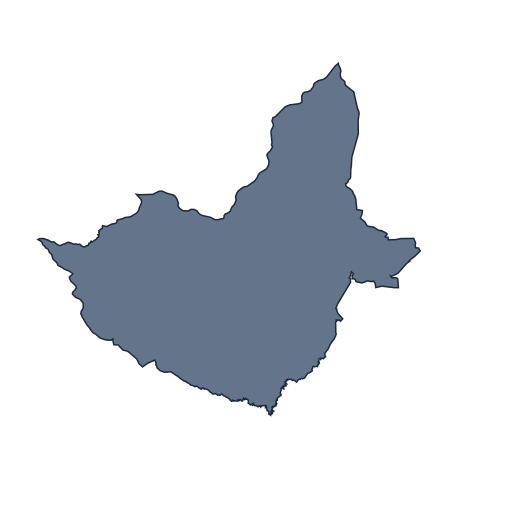 the district of Sotaquirá, Boyacá, Colombia, rotated 325°
{"feature_id": "7082276B24848534982684", "entity_name": "Sotaquirá", "entity_type": "district", "adm_level": 2, "iso_a3": "COL", "parent_name": "Colombia", "parent_adm1": "Boyacá", "projection": "mercator", "projection_center": [-73.263, 5.785], "detail": "fine", "context": "isolated", "style": "filled", "palette": "slate", "viewbox_px": 512, "rotation_deg": 325, "n_neighbors": 0, "source": "geoboundaries", "source_scale": "gbopen_adm2", "svg_char_len": 6112}
<svg xmlns="http://www.w3.org/2000/svg" viewBox="0 0 512 512"><g transform="rotate(325 256 256)"><path d="M223.8,383.3L225.7,383.8L231.3,381.7L232.7,382.3L235.7,382.5L236.5,382.0L237.0,380.5L237.9,380.3L238.9,379.3L239.9,379.5L240.3,380.4L242.0,380.8L243.0,381.9L244.7,380.3L245.7,380.4L246.3,378.4L246.6,378.3L246.8,379.1L247.8,376.9L248.5,376.6L249.8,376.5L249.7,377.8L250.8,377.4L252.0,378.0L252.1,378.7L255.2,378.4L255.6,376.3L257.1,375.0L261.6,373.6L265.9,371.1L269.5,369.6L272.2,368.9L275.4,367.1L277.0,365.8L277.3,364.7L282.8,356.6L284.0,355.3L284.5,355.6L285.2,354.4L286.1,355.3L285.8,355.6L287.3,356.0L287.9,357.9L291.0,357.2L290.2,350.2L290.6,347.9L291.8,345.5L291.2,345.0L291.8,344.4L294.9,342.3L318.6,331.7L318.6,331.0L320.4,328.8L319.8,327.4L322.2,326.3L325.1,323.8L325.7,326.3L323.3,327.6L321.8,329.9L323.0,330.7L323.6,331.9L323.7,333.2L323.2,334.1L324.2,335.9L325.7,336.9L326.3,337.9L327.5,338.9L332.9,340.3L335.9,343.2L337.9,344.0L338.0,346.6L336.0,350.5L341.9,353.0L351.3,361.4L354.5,363.6L359.0,356.1L358.3,354.1L355.1,352.0L354.5,350.4L354.7,349.5L355.0,350.1L357.0,350.8L362.5,351.5L375.2,348.5L379.2,348.4L379.1,347.6L385.3,347.4L393.4,346.1L393.7,342.7L391.4,340.7L392.9,338.1L394.2,336.9L395.3,332.1L384.4,324.6L380.1,322.9L373.5,318.5L374.9,316.6L372.8,314.7L372.9,314.1L375.7,313.6L376.0,312.9L375.7,311.6L373.2,306.9L372.8,307.2L370.8,304.5L368.9,299.8L365.0,296.0L364.4,294.9L364.7,290.3L363.2,284.9L366.8,282.5L369.3,279.8L365.2,275.8L370.4,266.6L371.4,263.3L371.5,260.8L372.2,258.2L371.5,254.5L370.1,251.9L370.1,250.0L370.7,248.2L372.4,248.4L373.6,248.1L375.4,246.8L377.4,246.6L378.7,245.7L383.4,239.3L385.8,236.9L391.0,230.2L409.8,214.7L417.7,203.1L422.2,198.5L423.3,195.7L423.7,193.5L430.2,177.6L427.3,167.7L427.4,166.4L428.8,163.9L427.7,159.9L427.8,158.3L429.2,155.4L431.7,153.2L432.8,149.8L433.2,146.9L434.0,145.4L429.8,145.8L416.3,150.0L412.5,150.0L407.6,148.1L403.0,148.0L401.6,148.6L400.3,150.1L395.9,151.6L392.8,151.2L389.9,149.8L388.3,149.6L385.0,151.3L382.1,156.0L381.3,156.4L378.5,155.9L370.4,151.6L365.5,150.5L352.3,152.9L350.4,152.8L349.3,152.3L346.6,154.5L345.4,159.0L340.6,161.8L339.4,163.0L334.0,172.6L332.4,173.8L332.3,176.0L328.3,178.0L323.8,178.8L322.7,179.7L321.1,185.7L319.1,188.1L316.4,189.9L314.2,190.6L307.0,190.1L304.7,190.7L301.8,192.5L298.0,193.8L288.6,193.8L286.3,192.6L284.6,192.3L278.8,192.5L276.2,193.6L273.5,195.5L271.6,199.0L267.8,201.4L264.3,202.1L260.4,204.6L257.0,204.6L255.2,203.9L253.1,204.6L251.4,206.5L250.7,206.6L248.1,205.2L245.9,204.6L243.1,202.6L240.9,198.2L235.5,192.3L234.2,190.3L233.5,187.6L233.6,185.2L232.1,182.4L229.5,180.5L226.2,180.2L221.9,176.7L220.8,173.1L220.7,171.0L221.1,169.7L222.6,168.3L223.1,166.7L223.9,163.9L224.0,160.4L223.5,158.9L219.0,153.5L216.3,149.0L213.8,147.4L206.8,146.3L195.4,138.8L193.4,136.9L194.2,143.3L193.8,145.3L192.9,146.7L188.1,149.6L185.9,151.4L183.1,152.4L175.7,151.9L170.7,149.3L168.0,148.9L163.5,147.1L162.5,147.2L161.4,148.5L159.9,148.8L155.8,147.0L150.7,146.3L147.7,143.2L147.2,143.4L146.1,145.3L143.9,144.9L141.7,145.2L141.6,146.2L140.9,146.3L140.3,147.9L139.7,148.2L138.7,147.9L138.7,149.4L138.0,150.2L136.4,149.9L135.5,150.5L134.4,150.6L130.3,150.5L129.5,150.4L129.6,149.4L129.2,149.2L127.7,150.3L126.6,149.7L124.6,151.1L123.1,150.3L121.7,150.5L120.2,149.8L119.4,148.8L118.4,145.3L116.2,144.0L115.4,142.7L113.6,141.9L110.5,137.3L108.8,136.6L106.6,136.5L104.4,135.6L102.3,135.4L100.8,134.5L99.4,131.8L98.6,128.6L96.2,126.8L94.8,123.5L93.7,122.5L92.2,120.0L88.6,117.6L86.8,117.4L88.6,121.3L87.9,125.1L88.4,126.4L88.4,128.8L89.6,131.1L88.8,134.7L89.5,137.7L87.9,141.9L89.0,147.3L88.4,150.3L90.6,154.2L91.4,156.6L94.2,161.0L95.8,165.2L95.3,165.7L91.0,166.2L90.5,167.0L89.9,170.1L91.3,177.6L90.4,178.9L88.5,179.9L85.4,180.5L84.2,181.3L83.8,182.3L84.5,186.4L87.0,190.3L87.4,195.3L85.2,198.9L83.9,199.9L81.2,201.0L79.4,202.8L78.6,207.0L78.0,216.2L78.4,219.1L78.2,221.9L78.5,225.4L80.0,228.6L81.1,233.4L83.2,236.6L85.4,239.1L89.0,241.9L91.2,241.8L89.8,244.1L88.7,247.3L92.1,249.8L93.0,256.7L96.1,260.2L96.9,262.5L99.3,272.2L98.4,277.0L99.5,281.8L105.6,281.7L113.4,283.2L112.7,286.4L111.5,287.7L111.5,289.6L110.8,290.7L111.6,294.8L114.7,299.1L116.0,299.5L116.7,300.3L117.9,300.7L119.9,302.1L122.5,308.8L123.0,309.2L122.9,310.2L123.4,310.9L123.6,312.7L124.8,315.3L125.0,316.6L126.7,318.8L127.0,320.5L128.1,321.8L128.4,324.1L130.5,326.7L131.1,328.1L132.1,328.1L133.4,329.5L133.6,331.5L134.3,332.2L134.6,333.6L135.1,333.9L136.3,333.2L137.5,334.5L137.2,335.2L138.2,335.7L139.9,337.9L140.5,341.4L141.3,342.4L141.1,343.3L141.6,344.5L143.8,345.4L144.9,348.3L145.7,348.4L146.7,349.5L148.5,349.4L149.1,349.8L149.3,351.8L150.3,353.2L150.4,354.2L151.2,355.1L152.4,358.3L152.2,359.4L152.6,360.9L153.0,361.3L154.3,360.7L154.7,362.3L155.5,362.2L156.5,363.4L158.6,364.8L159.1,364.8L159.0,364.0L159.4,364.4L160.7,364.2L161.1,366.7L161.8,366.9L161.9,366.3L163.1,366.5L163.0,366.1L164.2,365.3L164.4,367.0L165.7,366.7L165.5,367.6L166.9,368.5L166.8,370.0L165.2,372.1L165.9,373.6L165.9,374.7L168.5,375.1L167.4,375.6L167.5,376.3L169.1,376.5L169.0,377.7L170.4,378.9L171.1,380.6L171.5,380.4L172.6,381.0L173.6,381.0L173.9,381.6L173.4,382.5L175.3,382.2L178.5,384.4L178.3,385.2L177.5,384.7L176.9,385.5L177.4,385.5L177.4,386.6L176.4,389.1L176.9,389.5L177.1,391.2L175.8,393.0L176.6,394.6L176.9,393.8L177.3,394.3L178.8,394.5L179.7,393.8L178.5,393.2L179.1,392.3L179.5,393.3L180.8,392.8L181.5,393.0L181.1,391.8L180.9,392.3L180.1,391.9L181.4,390.4L182.9,390.0L182.4,389.1L183.4,389.0L183.5,389.7L184.2,389.4L184.9,390.0L185.5,389.4L186.0,389.8L186.0,389.4L186.7,389.7L187.4,388.5L187.9,389.1L188.3,388.9L188.9,386.4L190.0,385.7L190.1,386.3L190.7,386.4L192.0,384.6L195.2,384.5L195.6,384.2L196.6,384.5L197.3,383.1L197.2,382.1L199.7,380.3L200.6,378.8L202.3,378.5L202.0,380.4L202.6,380.9L203.2,379.7L203.0,378.9L204.2,378.1L204.6,379.0L206.2,379.5L206.4,378.6L205.8,378.6L206.5,377.5L207.7,378.3L207.2,375.7L208.7,376.0L209.8,375.7L210.0,375.0L210.8,375.6L211.0,375.1L214.2,377.3L214.4,378.8L215.2,378.9L216.0,379.8L216.9,382.6L219.9,381.6L221.2,382.3L223.2,382.4L223.8,383.3Z" fill="#64748b" stroke="#1e293b" stroke-width="1.5"/></g></svg>